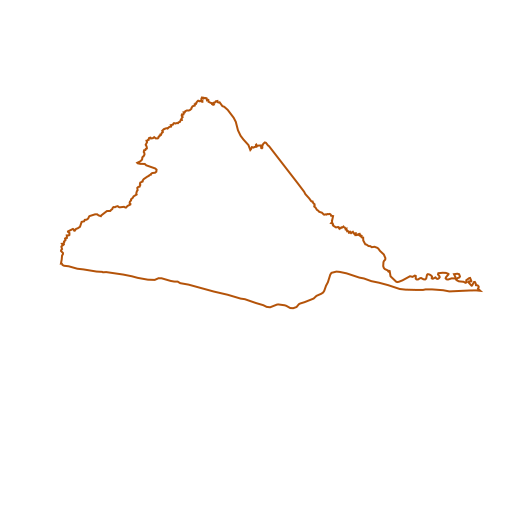 Playas, Guayas, Ecuador (orthographic projection), rotated 324°
{"feature_id": "8360857B78942405683114", "entity_name": "Playas", "entity_type": "district", "adm_level": 2, "iso_a3": "ECU", "parent_name": "Ecuador", "parent_adm1": "Guayas", "projection": "orthographic", "projection_center": [-80.419, -2.59], "detail": "fine", "context": "isolated", "style": "outline", "palette": "amber", "viewbox_px": 512, "rotation_deg": 324, "n_neighbors": 0, "source": "geoboundaries", "source_scale": "gbopen_adm2", "svg_char_len": 6108}
<svg xmlns="http://www.w3.org/2000/svg" viewBox="0 0 512 512"><g transform="rotate(324 256 256)"><path d="M214.7,110.8L214.8,111.5L216.6,113.5L220.1,116.1L220.5,118.1L225.9,125.9L226.3,127.7L224.9,129.2L223.3,129.3L220.8,127.9L219.4,127.9L218.7,128.4L218.3,128.1L216.4,128.0L216.2,128.2L214.8,127.9L210.3,127.8L208.5,128.4L208.1,129.1L205.5,128.6L204.3,129.6L204.2,130.5L202.5,131.5L201.5,130.9L200.0,131.1L198.9,133.2L197.8,133.5L196.5,134.5L195.6,135.4L195.5,136.1L192.0,135.8L190.5,136.5L188.2,136.7L187.6,137.6L186.0,137.9L185.0,138.7L184.7,139.4L185.0,140.1L184.6,140.5L181.6,140.0L179.3,140.4L178.8,140.0L178.1,138.6L174.3,136.5L173.8,135.8L173.4,134.4L171.6,133.7L170.5,133.6L169.6,132.7L168.6,132.7L167.2,133.6L166.1,133.5L164.6,133.9L161.8,132.0L154.8,132.2L153.9,132.6L152.5,130.6L152.0,128.9L150.3,127.7L144.9,125.9L144.3,125.9L142.3,127.0L141.3,127.1L140.2,127.0L138.7,126.1L137.4,126.9L135.0,125.9L130.8,128.9L128.0,128.8L126.4,128.3L124.2,129.0L123.8,128.6L124.1,127.2L123.8,126.5L118.3,125.6L118.1,125.9L118.6,127.7L117.4,129.3L116.6,129.3L115.0,128.1L113.7,130.2L113.0,129.9L112.6,130.1L112.2,129.6L111.8,129.6L111.0,131.3L109.2,131.4L108.8,132.3L107.9,132.5L107.4,133.7L107.1,133.7L106.7,132.4L106.2,132.1L106.0,133.8L104.6,133.8L104.0,134.1L103.2,136.4L101.7,136.8L101.2,137.3L101.6,140.2L100.8,141.1L99.4,141.6L96.7,144.7L93.8,147.4L94.3,147.6L94.4,148.2L94.2,149.6L95.0,151.1L98.4,154.2L104.0,161.3L108.5,165.4L117.9,174.9L122.2,178.4L122.6,179.2L125.4,181.0L137.7,193.0L143.7,199.5L147.4,204.1L154.6,211.6L160.0,215.8L164.1,216.7L166.5,218.5L172.3,226.0L174.8,228.6L177.6,230.7L178.7,233.4L184.6,239.5L201.0,260.0L210.3,270.7L218.5,281.4L221.6,284.4L228.3,294.0L233.0,300.1L234.7,303.4L237.3,305.8L244.3,307.6L245.5,308.2L250.2,312.7L251.2,314.1L253.1,318.2L255.4,320.1L258.8,321.1L262.4,320.2L263.8,320.4L268.2,321.9L277.6,324.3L281.5,323.8L286.6,324.9L288.8,325.0L290.7,324.3L295.2,321.2L298.7,319.5L305.2,314.7L307.2,314.0L311.9,315.9L314.3,318.0L319.1,323.3L326.9,334.2L330.1,337.6L334.5,344.1L339.8,349.9L345.8,357.3L352.9,367.2L357.2,371.1L365.9,377.8L371.1,381.6L373.6,382.7L378.8,386.5L387.3,393.7L391.6,398.3L409.5,410.1L414.1,413.4L417.0,416.0L416.4,412.9L418.0,412.0L418.2,411.3L418.0,410.0L416.8,408.9L417.6,407.4L417.8,405.6L417.0,405.2L413.4,406.9L412.9,406.7L412.4,402.2L412.7,401.8L413.4,401.7L415.0,403.0L415.5,402.9L416.3,399.6L415.4,399.2L411.9,399.2L410.7,401.0L410.2,401.0L409.7,400.8L408.8,398.9L405.2,395.7L404.2,393.7L404.0,392.8L404.4,392.4L406.2,392.4L407.9,392.9L409.0,392.4L409.6,390.1L408.5,388.7L405.5,387.1L404.9,390.4L404.3,391.2L403.8,391.2L401.2,389.1L397.5,387.9L396.4,386.8L396.3,385.5L397.1,384.9L400.9,384.0L401.2,383.6L399.7,381.3L397.2,379.3L393.4,377.1L392.4,377.9L392.5,380.3L392.2,381.1L391.1,381.5L389.6,381.4L388.8,380.5L388.6,378.8L385.9,378.4L385.3,378.0L385.1,377.3L386.3,376.1L386.3,375.3L385.9,373.8L385.0,372.3L384.1,371.6L383.1,371.9L380.4,374.3L379.0,374.4L377.8,373.3L376.6,370.8L375.6,370.4L373.2,370.2L372.1,369.3L371.9,368.2L373.5,366.1L373.0,365.2L370.4,364.9L368.7,362.9L360.2,361.8L356.3,360.8L354.9,360.1L354.3,359.2L352.9,351.5L355.3,346.7L354.9,346.2L354.0,346.3L354.0,344.9L352.5,342.2L352.4,340.7L353.0,338.9L355.5,335.9L356.7,335.2L358.4,334.9L359.4,333.8L360.3,329.9L359.3,324.8L359.3,322.0L359.0,320.8L357.3,318.2L354.8,316.9L354.3,315.3L352.9,314.1L352.1,311.7L351.3,310.8L351.9,306.5L353.5,304.1L352.4,303.0L352.5,302.4L353.3,301.7L352.6,300.5L352.0,300.7L351.7,299.9L352.8,299.4L352.9,299.0L351.4,298.4L350.6,298.6L349.7,298.2L349.8,297.3L349.2,297.7L348.6,297.5L348.7,296.5L349.0,296.7L349.8,296.1L348.4,295.4L348.6,293.4L346.3,293.4L346.2,293.0L347.0,292.9L346.2,291.9L346.3,291.6L345.7,291.4L345.5,292.2L344.8,291.8L345.2,290.6L345.0,289.8L344.3,289.5L344.8,288.5L344.2,287.5L345.2,286.9L344.4,286.4L344.6,285.3L343.9,284.1L344.0,283.6L342.2,283.6L341.9,283.0L340.6,283.3L340.1,282.6L339.5,282.8L339.5,282.1L339.9,281.7L339.5,280.8L337.5,279.9L336.3,276.8L336.4,276.0L337.0,275.7L337.1,274.6L336.2,273.6L337.5,273.3L338.4,271.8L338.7,271.8L341.8,269.0L340.4,267.5L340.8,266.5L340.4,265.3L338.8,264.5L338.3,263.9L337.3,263.9L336.5,263.0L335.8,262.9L335.2,262.3L334.8,259.7L333.1,257.4L333.0,256.0L332.4,254.4L332.6,251.8L332.2,250.2L332.9,249.5L333.2,249.5L333.8,248.5L333.4,247.1L333.8,245.1L333.2,244.8L332.9,244.1L332.9,240.6L332.3,235.0L332.7,232.3L332.5,221.7L331.1,174.8L330.7,173.7L330.6,170.3L329.9,169.3L327.9,169.5L325.7,170.7L324.7,172.2L324.1,172.3L323.7,171.8L324.9,169.4L322.5,167.9L321.5,167.7L321.7,166.0L321.2,166.1L320.4,167.8L318.9,166.9L317.8,166.9L316.7,165.5L314.9,166.6L313.7,166.9L315.1,161.8L314.3,154.3L314.2,149.7L315.3,143.7L318.5,135.6L319.2,131.0L319.0,121.1L318.0,116.6L316.9,115.0L316.9,110.3L316.3,110.2L315.3,108.9L315.9,107.9L314.4,107.2L312.9,107.7L312.0,107.2L311.2,107.8L311.0,108.7L310.2,108.5L309.7,107.3L310.4,106.6L309.4,105.6L308.2,103.2L309.2,101.8L308.9,101.2L307.9,101.1L308.7,99.3L307.9,98.4L307.4,98.4L306.8,97.3L305.9,97.5L305.9,96.6L305.5,96.0L304.3,96.6L303.5,97.6L303.4,98.6L303.8,99.1L303.3,99.7L302.8,99.2L302.3,98.0L301.1,97.5L300.8,96.6L300.3,96.3L298.4,96.7L297.5,97.3L296.9,97.1L296.7,97.6L295.6,97.2L294.9,98.3L292.7,97.6L291.0,98.2L290.3,98.9L288.4,99.1L287.1,98.8L285.6,97.6L283.8,97.3L282.8,97.9L281.9,97.2L281.4,98.2L280.4,98.9L279.7,98.7L279.4,98.0L278.6,98.4L278.2,99.3L278.3,100.5L276.5,101.0L276.0,102.3L275.1,101.7L273.2,102.8L271.9,102.3L271.0,102.7L269.7,101.7L268.7,101.5L267.8,100.3L267.2,100.3L266.0,100.9L264.1,100.1L264.0,100.8L263.4,101.4L261.8,100.6L259.6,100.9L259.6,100.5L257.4,99.5L256.6,99.6L256.0,99.2L253.7,99.6L253.6,100.9L253.3,101.1L252.2,101.0L250.4,102.1L250.0,101.6L249.3,102.2L248.7,101.9L248.0,102.4L247.2,102.3L246.5,103.0L245.6,103.1L244.0,101.9L243.5,100.0L241.9,100.1L240.1,99.2L240.2,98.2L238.9,97.7L237.4,98.9L237.0,98.5L236.0,98.8L235.2,98.4L234.7,99.9L232.1,101.2L231.9,103.0L231.1,104.7L230.7,104.9L229.6,104.6L228.7,105.3L227.6,104.7L226.3,105.9L226.2,107.1L225.4,108.4L223.5,109.3L222.7,109.1L221.8,109.6L221.0,110.6L220.2,111.1L217.9,111.4L214.7,110.8Z" fill="none" stroke="#b45309" stroke-width="2"/></g></svg>